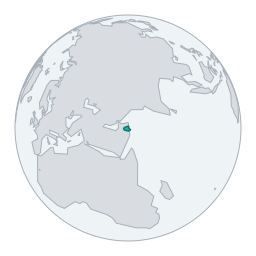 Al Wusta highlighted on a globe, orthographic projection, rotated 313°
{"feature_id": "OMN-2405", "entity_name": "Al Wusta", "entity_type": "Region", "adm_level": 1, "iso_a3": "OMN", "parent_name": "Oman", "parent_adm1": "", "projection": "orthographic", "projection_center": [57.537, 20.48], "detail": "coarse", "context": "on_globe", "style": "filled", "palette": "teal", "viewbox_px": 256, "rotation_deg": 313, "n_neighbors": 0, "source": "natural_earth", "source_scale": "10m", "svg_char_len": 9816}
<svg xmlns="http://www.w3.org/2000/svg" viewBox="0 0 256 256"><g transform="rotate(313 128 128)"><circle cx="128" cy="128" r="113" fill="#eef3f6" stroke="#a8b0b8"/><path d="M158.0,19.4L157.7,19.4L160.8,20.3L161.2,20.5L156.8,19.2L157.0,19.5L148.2,17.6L137.9,15.8L148.1,17.2L158.0,19.4ZM137.6,15.8L131.7,15.4L126.1,15.4L137.6,15.8ZM111.9,16.5L110.7,16.7L108.9,17.0L111.9,16.5ZM108.7,17.0L109.0,17.0L111.2,16.7L112.0,16.7L111.1,16.9L108.4,17.3L108.4,17.2L107.1,17.4L106.2,17.6L102.9,18.2L104.7,18.1L101.0,18.9L99.2,19.2L101.2,18.6L101.4,18.6L108.7,17.0ZM91.3,21.5L88.9,22.4L84.5,24.1L81.5,25.4L79.5,26.3L80.8,25.9L73.6,29.5L66.1,34.1L64.5,35.1L64.2,35.2L72.8,29.8L81.8,25.2L91.3,21.5ZM165.5,21.8L165.7,22.0L164.5,21.5L165.5,21.8ZM100.1,18.9L100.4,18.8L94.4,20.5L95.0,20.3L100.1,18.9ZM165.3,21.9L165.9,22.6L168.2,23.4L162.1,21.9L163.6,21.6L161.8,20.8L163.9,21.5L165.3,21.9ZM112.3,16.5L109.9,16.9L112.7,16.4L112.3,16.5ZM123.3,15.5L124.6,15.4L121.4,15.6L126.1,15.4L123.9,15.7L120.8,15.8L119.3,15.8L119.6,16.0L113.9,16.3L119.2,15.7L123.3,15.5ZM158.7,21.1L158.0,21.2L157.7,20.8L158.7,21.1ZM112.6,16.7L113.8,16.4L116.6,16.2L114.6,16.7L114.4,16.6L112.6,16.7ZM128.4,15.4L130.1,15.5L128.8,15.7L129.3,15.8L124.1,15.7L128.4,15.4ZM113.3,16.8L113.6,17.0L111.4,17.3L111.6,16.9L113.3,16.8ZM118.2,16.1L119.4,16.0L118.1,16.2L118.2,16.1ZM104.0,19.1L105.4,18.6L107.0,18.5L104.0,19.1ZM113.8,17.1L114.5,16.9L115.3,16.9L115.1,17.1L113.8,17.1ZM123.6,15.9L122.7,16.1L125.6,16.0L124.8,16.3L121.5,16.2L122.5,16.4L122.3,16.5L119.9,16.4L123.6,15.9ZM117.1,17.2L112.6,17.6L109.6,18.4L108.2,18.6L113.3,17.2L117.1,17.2ZM118.9,16.7L117.5,17.0L116.4,16.9L116.7,16.6L118.9,16.7ZM125.4,16.5L127.5,16.1L128.2,16.1L125.4,16.5ZM116.5,17.5L117.6,17.4L116.4,17.5L116.5,17.5ZM122.9,16.8L123.6,16.6L124.3,16.6L122.9,16.8ZM119.2,17.5L117.8,17.6L117.9,17.3L119.2,17.5ZM121.1,17.2L121.9,17.3L118.9,17.2L121.3,17.1L121.1,17.2ZM123.5,16.9L124.1,16.8L123.1,17.0L123.5,16.9ZM119.4,18.5L115.6,18.5L115.9,17.9L119.6,18.0L119.4,18.5ZM23.4,129.3L22.7,110.9L25.3,105.7L27.3,98.4L46.2,80.6L48.5,83.5L61.4,84.9L62.7,86.4L59.3,91.6L67.5,101.5L72.4,97.6L81.7,103.6L89.1,104.6L95.1,94.5L83.0,92.4L82.7,86.9L93.9,84.1L104.8,86.4L105.0,84.4L99.8,79.0L103.9,75.9L98.1,76.9L99.3,79.2L95.7,80.0L94.4,78.1L95.9,76.9L93.1,75.5L86.7,81.8L87.2,84.8L78.8,84.5L78.8,89.6L75.9,91.3L74.9,83.5L76.2,81.0L73.0,72.1L70.8,74.6L73.8,83.3L72.1,82.3L69.2,86.3L70.2,82.5L67.6,72.8L61.1,72.7L50.0,80.9L46.8,80.6L45.4,77.3L52.2,67.3L58.6,69.3L61.1,66.3L62.3,60.9L64.1,62.1L65.3,60.4L68.0,61.1L74.1,57.9L77.1,58.4L81.8,53.4L84.0,53.1L80.6,56.0L79.9,58.5L87.8,60.3L90.0,59.5L92.4,56.3L94.2,57.4L95.6,54.1L101.2,53.9L95.5,51.5L98.1,48.2L102.8,46.3L102.6,44.9L95.1,48.1L93.0,49.8L92.8,51.9L86.2,56.8L83.1,57.1L86.0,50.7L81.8,50.6L86.0,46.1L103.9,39.6L110.2,39.2L115.8,45.0L113.0,46.7L109.6,45.4L110.6,49.5L111.5,47.8L113.1,48.9L116.0,46.4L117.3,47.1L118.0,43.7L119.8,44.3L119.3,46.4L125.3,43.8L129.7,44.5L130.5,43.7L130.0,42.5L136.0,44.5L136.3,43.8L134.5,42.8L133.8,40.9L135.1,38.3L137.1,39.1L136.9,40.2L139.5,43.8L138.7,46.7L139.7,46.9L140.8,44.6L137.6,40.0L137.8,38.3L139.7,40.2L139.0,39.4L139.8,38.8L142.3,39.1L140.4,37.0L145.5,30.6L151.0,31.0L152.2,33.1L157.8,30.7L163.6,32.0L161.9,31.0L163.4,29.6L161.7,29.1L161.0,28.6L164.2,25.7L166.5,26.0L165.9,24.3L165.1,23.9L163.3,23.6L162.1,21.9L168.2,23.4L169.9,24.3L172.5,24.9L176.0,26.9L180.1,29.1L182.4,31.3L185.4,33.1L186.1,33.2L190.8,36.0L197.9,42.0L189.1,36.6L177.7,29.1L182.1,31.9L180.2,31.2L181.2,32.3L184.3,34.5L185.3,34.8L185.7,39.4L191.5,46.7L193.3,45.5L196.6,47.2L204.8,56.1L209.4,70.9L213.8,74.6L215.4,77.6L214.7,80.1L212.3,75.8L209.7,74.9L208.4,72.3L206.5,75.4L204.5,71.8L204.0,76.3L206.5,78.8L208.9,77.1L209.3,83.0L214.4,87.1L217.3,93.2L216.4,106.2L212.0,111.5L212.2,113.6L209.3,112.0L207.2,117.0L214.1,127.2L214.5,130.6L210.3,138.5L209.9,136.0L202.1,131.8L201.9,140.1L207.9,145.4L209.9,152.6L205.9,151.3L203.7,145.0L200.9,143.2L200.8,136.1L196.7,126.3L192.6,129.2L192.1,125.0L185.9,117.3L179.5,121.3L170.0,134.0L170.1,144.9L166.2,150.1L157.8,135.3L155.3,125.0L151.6,126.3L143.6,117.9L127.8,117.7L126.2,114.9L123.0,116.2L117.6,113.3L115.4,108.8L111.8,108.9L117.7,120.9L121.7,120.8L125.9,116.4L126.8,120.6L132.1,124.4L123.8,134.4L101.3,142.2L100.3,134.0L89.3,110.4L90.3,108.0L90.3,107.7L90.2,107.2L88.0,111.0L86.5,106.4L91.1,122.7L91.4,129.4L101.0,142.7L99.8,143.8L103.2,146.7L115.7,144.3L115.5,147.0L108.9,159.0L92.7,173.9L95.5,184.7L95.6,193.4L87.0,197.9L89.4,204.5L85.2,206.0L86.0,209.5L83.5,212.5L78.8,214.7L69.1,212.5L67.3,209.3L60.5,202.0L50.5,184.5L51.6,177.8L50.2,171.6L43.3,156.0L44.8,148.8L43.2,145.0L39.9,144.5L38.3,139.9L36.5,139.1L25.8,136.3L23.4,129.3ZM37.7,91.0L36.7,93.1L37.7,91.0ZM115.1,94.5L122.3,95.5L121.1,88.6L123.8,88.6L122.4,86.4L121.0,88.2L117.9,82.3L121.8,80.7L122.0,77.9L119.5,77.5L112.9,81.5L117.3,89.7L114.8,92.2L115.1,94.5ZM61.8,36.9L63.8,35.5L61.8,36.9L58.5,39.5L55.6,41.7L57.7,40.1L57.1,40.5L57.8,39.9L61.8,36.9ZM69.6,50.9L69.7,52.3L67.5,54.1L63.7,54.4L66.8,51.8L69.6,50.9ZM70.4,54.1L74.4,48.1L77.0,48.0L74.8,49.0L76.1,49.5L73.1,51.4L71.6,57.4L69.5,59.4L63.5,58.3L66.6,57.4L66.3,55.9L70.4,54.1ZM80.2,36.0L82.0,34.2L85.2,36.1L83.2,37.6L79.2,37.8L79.3,36.1L80.2,36.0ZM96.3,20.3L96.7,20.0L97.5,19.9L96.3,20.3ZM104.5,18.9L95.0,21.4L95.1,21.2L89.4,23.4L87.4,23.7L91.1,22.2L85.3,24.2L87.9,23.0L83.9,24.6L92.4,21.3L94.5,20.5L93.0,21.2L94.8,20.8L96.2,20.5L101.7,19.0L107.0,17.6L109.7,17.3L110.1,17.6L109.3,17.8L107.8,17.9L107.7,18.3L104.9,18.5L104.5,18.9ZM114.0,24.3L112.7,23.5L112.0,25.8L109.2,25.5L109.3,25.8L106.6,26.2L103.4,27.3L102.4,27.0L101.6,27.6L99.8,28.1L98.3,28.8L96.0,28.7L94.1,29.7L94.1,29.1L91.4,30.9L92.4,29.5L90.1,30.1L90.3,31.1L81.6,29.9L77.1,31.0L72.9,32.8L75.2,30.6L80.7,27.7L87.4,25.1L91.3,24.6L91.7,23.9L93.7,23.5L92.6,24.2L95.5,22.9L96.8,22.8L102.7,21.5L106.1,20.0L108.3,19.6L107.7,20.2L110.3,19.4L110.7,20.3L112.3,20.1L114.2,20.9L112.0,22.4L114.0,22.1L115.5,22.9L114.0,24.3ZM119.8,18.8L117.9,20.2L115.4,20.9L113.1,19.2L111.6,19.2L110.0,18.5L113.7,17.7L113.8,17.9L114.7,18.0L113.2,18.2L115.1,18.1L115.4,18.5L116.9,18.6L115.9,19.0L119.8,18.8ZM65.4,84.8L66.6,85.4L68.8,85.7L67.0,88.4L65.4,84.8ZM63.4,78.2L64.7,78.2L63.2,81.8L62.0,81.3L63.4,78.2ZM66.6,75.2L64.9,77.9L65.1,76.2L66.6,75.2ZM81.9,56.0L83.5,55.9L83.1,56.7L81.7,57.7L81.9,56.0ZM111.3,32.1L111.0,31.2L111.7,31.0L113.2,29.0L115.3,29.2L115.3,30.5L111.3,32.1ZM92.3,95.9L89.5,97.6L88.6,96.5L89.8,96.1L92.3,95.9ZM77.1,93.0L80.0,95.0L76.6,93.7L77.1,93.0ZM113.9,32.0L114.3,31.1L115.2,31.8L113.9,32.0ZM117.0,29.3L118.2,30.0L115.8,29.0L117.0,29.3ZM142.7,232.7L144.1,233.3L142.1,233.5L142.7,232.7ZM114.6,193.5L109.5,207.6L104.2,207.3L102.2,203.0L103.5,194.3L109.4,192.2L112.0,188.1L114.6,193.5ZM225.6,164.1L227.1,163.7L226.9,164.3L225.6,164.1ZM224.0,163.3L225.9,162.5L223.6,164.5L224.0,163.3ZM226.6,162.2L228.5,160.3L229.4,159.1L229.1,160.2L226.6,162.2ZM222.7,163.9L214.4,167.0L210.9,166.9L211.9,164.8L217.6,163.3L222.7,163.9ZM211.6,164.8L206.0,161.5L196.7,148.9L200.0,148.4L209.4,155.0L208.9,156.7L212.3,159.7L211.6,164.8ZM224.5,151.0L223.9,155.9L219.6,157.2L217.5,157.3L216.0,151.8L216.9,148.5L218.7,147.9L224.4,135.1L226.7,136.7L225.2,141.9L226.9,145.2L224.5,151.0ZM170.7,145.8L173.7,151.8L171.4,153.2L170.7,145.8ZM225.9,126.8L224.2,132.4L225.5,125.4L225.9,126.8ZM226.2,120.5L226.7,122.7L225.4,121.0L226.2,120.5ZM213.0,116.8L211.1,118.0L210.7,116.4L212.8,113.9L213.0,116.8ZM219.5,98.6L221.0,103.3L221.2,105.0L219.6,102.5L219.5,98.6ZM133.0,34.7L128.5,37.1L126.7,39.4L128.0,41.4L124.3,39.7L127.0,36.2L133.0,34.7ZM143.7,31.0L142.6,29.5L144.3,29.7L144.8,30.1L143.7,31.0ZM142.2,30.4L138.5,29.5L138.6,28.4L141.5,29.3L142.2,30.4ZM126.1,30.2L124.6,30.8L124.0,30.2L126.1,30.2ZM220.3,192.5L220.2,192.5L208.2,204.5L206.6,204.8L209.1,201.8L211.7,194.3L212.4,194.2L214.5,188.6L222.8,180.2L229.3,168.2L231.5,167.0L234.7,158.5L236.2,157.1L234.4,163.2L234.4,164.9L238.3,150.9L237.9,152.7L235.7,161.1L232.8,169.4L229.2,177.4L225.1,185.1L220.3,192.5ZM229.2,162.6L231.6,157.8L232.6,156.9L229.2,162.6ZM239.5,144.1L238.7,148.4L237.8,150.2L238.4,147.5L238.6,144.5L236.7,145.4L236.4,143.7L237.3,141.5L235.7,141.3L237.5,138.7L238.0,142.4L238.8,138.0L239.8,137.3L240.2,137.1L240.2,137.9L239.5,144.1ZM236.9,148.4L237.2,148.1L236.8,149.7L236.9,148.4ZM233.3,147.6L233.2,148.9L232.6,148.3L233.3,147.6ZM234.1,146.3L235.6,146.4L233.9,147.5L234.1,146.3ZM228.0,145.7L228.7,148.2L230.7,145.3L229.2,148.8L230.3,152.8L229.7,154.9L228.6,150.4L227.8,156.0L226.9,156.4L226.6,152.1L227.7,146.0L228.6,143.3L232.2,140.3L228.0,145.7ZM234.2,142.8L233.7,139.7L234.0,137.2L234.6,138.6L234.2,142.8ZM231.8,132.5L230.0,129.5L228.8,131.7L230.8,124.7L232.3,128.8L231.8,132.5ZM229.6,124.7L228.5,126.7L229.4,122.8L229.6,124.7ZM228.0,125.6L227.4,123.0L228.5,122.8L228.0,125.6ZM230.3,124.4L229.7,119.7L230.7,122.1L230.3,124.4ZM225.7,117.2L228.9,120.4L225.5,120.0L223.3,111.4L224.6,110.5L225.7,117.2ZM219.8,79.3L218.3,77.1L218.9,76.0L219.7,77.8L219.8,79.3ZM219.4,71.4L218.5,75.1L217.6,78.5L218.9,79.1L220.4,83.4L217.5,80.3L216.7,75.1L217.7,73.3L216.0,69.9L215.6,67.1L212.8,63.4L212.0,61.4L214.9,64.3L219.4,71.4ZM211.5,61.9L206.5,55.3L208.4,55.3L210.0,56.7L211.5,59.6L210.4,59.5L211.5,61.9ZM205.9,53.8L204.7,53.7L195.0,45.8L193.4,44.2L201.8,49.7L201.2,49.9L203.3,52.0L205.9,53.8ZM159.2,21.6L158.1,21.2L159.2,21.4L159.2,21.6ZM159.9,28.4L159.2,27.7L160.5,27.8L159.9,28.4ZM157.7,25.9L156.8,26.2L156.9,25.5L157.7,25.9ZM154.9,27.3L156.1,26.2L156.2,27.8L154.9,27.3Z" fill="#d9dde1" stroke="#a8b0b8" stroke-width="1"/><path d="M124.0,126.8L124.5,125.3L125.8,125.0L128.8,126.5L129.6,126.9L129.3,127.7L129.2,127.7L129.0,127.8L129.0,128.0L128.8,128.1L128.8,128.3L128.7,128.4L128.5,128.5L128.5,128.9L128.5,129.0L128.4,129.3L128.3,129.5L128.3,129.8L128.4,130.0L128.4,130.3L128.4,130.5L128.5,130.6L128.6,130.8L128.4,131.0L127.9,131.0L126.2,130.6L124.0,126.8Z" fill="#14b8a6" stroke="#0f766e" stroke-width="1.5"/></g></svg>